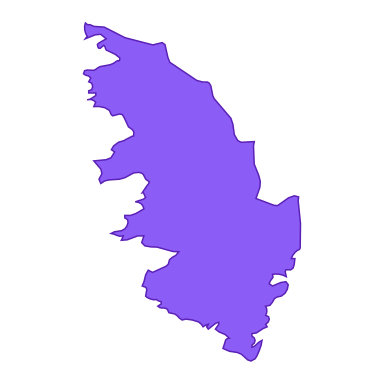 outline of Corse-du-Sud
{"feature_id": "FRA-5281", "entity_name": "Corse-du-Sud", "entity_type": "Metropolitan department", "adm_level": 1, "iso_a3": "FRA", "parent_name": "France", "parent_adm1": "", "projection": "equal_earth", "projection_center": [8.909, 41.876], "detail": "fine", "context": "isolated", "style": "filled", "palette": "violet", "viewbox_px": 384, "rotation_deg": 0, "n_neighbors": 0, "source": "natural_earth", "source_scale": "10m", "svg_char_len": 3478}
<svg xmlns="http://www.w3.org/2000/svg" viewBox="0 0 384 384"><path d="M298.6,196.9L298.2,201.0L300.5,223.6L300.2,247.9L299.4,249.5L297.5,250.3L295.0,252.4L292.7,255.4L291.4,258.6L294.9,258.6L294.2,264.5L293.0,268.2L290.6,269.9L288.0,269.7L285.9,269.8L285.2,271.7L286.3,276.7L282.9,275.1L279.1,274.2L275.4,274.0L272.5,274.4L273.0,277.3L270.5,280.7L269.1,283.7L272.5,286.0L280.8,282.5L285.9,281.7L288.2,284.7L287.3,289.4L284.9,293.4L281.3,296.1L276.8,297.1L274.4,298.7L272.5,302.1L270.0,305.3L265.6,306.2L266.6,308.5L266.9,310.8L266.6,313.1L265.6,315.4L268.5,316.6L269.3,319.2L268.2,322.1L265.6,324.3L267.2,326.8L263.2,328.5L256.3,333.0L251.9,333.6L251.9,336.0L254.3,338.0L255.1,340.5L254.3,343.1L251.9,345.1L252.0,347.2L254.8,346.0L258.9,342.2L262.0,340.4L261.1,345.3L259.1,351.0L256.9,356.0L255.1,358.8L251.0,361.0L247.7,359.9L241.4,354.2L237.4,352.5L229.5,351.3L223.0,348.5L225.7,339.9L226.9,338.8L229.3,338.1L225.1,334.5L219.0,331.9L215.4,329.1L218.7,324.3L218.7,322.3L215.8,323.2L208.3,329.1L206.6,326.8L207.1,326.1L207.4,325.8L207.8,325.4L208.3,324.3L205.6,325.1L204.6,325.7L203.1,326.8L201.4,324.3L198.7,322.0L192.3,320.0L186.0,319.1L182.1,320.0L179.4,318.1L177.3,315.8L174.8,314.0L168.9,312.7L168.3,311.5L167.8,310.0L166.4,308.6L164.0,308.0L162.0,308.0L160.0,307.7L157.8,306.2L161.2,303.9L161.2,301.8L158.0,300.7L156.2,299.5L153.8,299.8L150.2,298.9L147.0,297.4L145.6,296.1L146.8,289.6L146.0,287.4L142.2,286.0L144.0,281.6L145.7,274.8L148.2,270.2L152.6,272.4L166.1,266.2L168.3,264.2L169.5,259.7L172.3,257.3L175.8,255.4L178.8,251.8L172.9,251.5L157.0,247.1L150.9,246.9L144.9,245.9L141.7,242.6L143.9,235.9L137.7,235.9L127.3,239.8L121.3,240.3L121.9,239.1L123.2,235.9L119.6,236.2L116.9,235.4L114.3,234.3L111.1,233.5L114.4,231.8L121.5,230.7L124.8,228.9L126.9,226.1L128.0,222.7L127.6,219.6L124.8,217.9L124.8,215.4L130.5,215.4L135.7,213.6L144.0,208.8L142.7,205.6L140.8,203.5L138.3,202.3L135.3,201.8L143.7,199.1L145.7,197.3L145.1,196.6L144.2,194.4L143.2,192.5L142.2,192.8L145.3,188.1L145.7,188.0L146.4,186.4L148.7,183.6L149.2,181.5L148.6,181.3L145.7,179.2L144.2,176.2L143.1,174.2L141.5,173.1L138.8,172.4L133.7,172.9L125.1,177.6L119.6,179.2L109.2,179.9L104.8,180.9L100.8,183.5L99.0,179.2L101.9,173.7L100.9,169.2L93.8,160.9L106.2,159.7L111.1,157.7L114.6,151.9L111.4,149.7L113.6,145.9L118.6,142.2L124.1,140.6L125.4,139.7L132.2,136.2L133.5,136.1L133.9,132.0L132.4,129.7L128.5,126.9L124.1,117.5L122.4,114.6L119.7,114.0L112.7,115.8L111.2,114.6L109.4,110.4L104.8,107.7L99.0,106.5L93.8,106.6L95.1,103.5L95.7,102.3L93.9,100.6L91.8,99.7L89.5,99.5L87.1,99.8L89.7,99.3L91.7,98.2L95.8,95.5L95.8,93.0L88.7,93.0L88.7,90.8L91.7,89.6L92.7,86.4L91.7,83.2L88.7,81.8L90.8,78.0L88.7,76.1L85.3,75.0L83.5,73.8L84.6,70.7L87.2,70.0L93.9,70.3L95.8,69.3L97.7,67.9L100.1,66.6L110.3,64.7L113.7,63.2L116.3,61.3L117.8,60.6L118.9,60.9L119.5,60.5L119.8,57.9L116.1,55.1L115.6,54.5L106.2,50.0L105.6,48.8L104.9,46.6L103.8,45.3L100.2,48.3L98.7,48.2L97.8,46.8L97.4,44.4L98.6,43.2L106.2,38.8L100.7,34.3L95.3,34.8L85.3,38.8L87.2,36.3L85.7,33.5L84.7,29.9L84.6,26.2L85.4,23.0L87.6,24.7L90.0,24.7L94.0,26.4L104.2,27.1L125.0,37.7L152.9,44.9L162.1,42.6L165.0,44.6L167.9,57.5L169.8,62.3L196.7,80.4L202.6,82.0L207.3,82.0L209.1,83.0L210.8,85.7L212.8,95.7L214.2,98.7L230.9,118.3L232.9,124.3L234.3,134.6L237.7,140.5L241.1,142.3L254.3,141.6L253.5,145.8L254.2,164.1L258.8,175.5L260.3,181.5L259.9,187.2L256.0,198.5L274.0,205.3L277.6,205.6L288.6,197.8L294.3,195.8L298.6,196.9Z" fill="#8b5cf6" stroke="#5b21b6" stroke-width="1.5"/></svg>